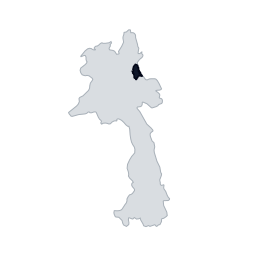 Phonthong, Louangphrabang, Laos shown in context, rotated 27°
{"feature_id": "54806243B14812805317737", "entity_name": "Phonthong", "entity_type": "district", "adm_level": 2, "iso_a3": "LAO", "parent_name": "Laos", "parent_adm1": "Louangphrabang", "projection": "albers", "projection_center": [103.126, 20.819], "detail": "fine", "context": "in_parent", "style": "filled", "palette": "ink", "viewbox_px": 256, "rotation_deg": 27, "n_neighbors": 0, "source": "geoboundaries", "source_scale": "gbopen_adm2", "svg_char_len": 5865}
<svg xmlns="http://www.w3.org/2000/svg" viewBox="0 0 256 256"><g transform="rotate(27 128 128)"><path d="M92.7,42.1L93.8,44.1L98.7,49.4L99.6,50.8L101.4,52.0L102.9,56.7L103.5,57.0L104.4,56.6L105.0,56.0L105.5,54.2L105.9,54.0L106.4,55.5L107.8,55.9L108.4,56.6L108.6,57.7L108.4,58.9L107.2,61.6L106.5,65.2L111.4,72.9L113.5,74.0L118.4,75.2L121.7,76.9L123.2,76.5L124.7,74.6L126.5,73.5L129.7,71.9L130.7,71.8L132.5,72.4L135.5,74.3L140.1,77.9L139.9,78.8L139.1,79.8L136.7,81.2L135.9,82.2L136.4,82.5L138.4,82.7L140.8,83.5L141.5,84.5L142.0,86.6L142.4,87.0L144.6,86.7L145.3,87.0L146.1,87.7L146.9,89.5L146.9,90.8L144.7,93.2L144.5,94.6L143.3,96.3L140.3,99.2L139.5,99.3L133.9,97.8L129.5,98.1L129.1,98.7L129.9,100.4L130.1,102.1L129.4,103.3L126.9,105.0L126.8,105.7L127.3,106.5L131.0,108.0L143.0,116.0L148.5,117.5L150.9,118.5L151.5,119.1L151.5,119.8L150.9,120.7L150.4,122.3L150.4,123.2L150.9,124.2L151.9,125.5L155.3,128.6L157.8,129.3L160.4,132.7L161.2,135.8L162.5,137.8L168.8,144.4L174.1,148.4L177.3,152.7L178.8,153.7L179.3,155.3L179.8,159.9L181.7,162.2L182.1,163.2L182.9,163.8L183.8,164.0L185.6,162.4L186.0,162.6L186.9,165.0L187.6,165.9L190.4,167.4L193.5,170.2L195.1,171.3L197.1,172.1L197.4,173.0L197.0,174.0L196.4,174.6L193.0,176.4L192.6,177.2L195.0,180.9L200.8,185.4L202.7,188.2L202.3,189.5L200.8,192.3L199.6,193.1L199.3,193.9L200.3,196.2L200.3,199.6L199.2,200.4L198.3,202.6L197.6,202.7L195.8,202.0L192.2,205.7L190.6,205.6L188.8,207.7L186.4,208.0L184.7,206.5L181.1,204.2L179.8,202.7L178.8,204.0L176.9,205.3L174.3,204.9L173.7,206.7L173.2,207.1L170.0,207.4L169.4,207.7L169.9,209.4L171.9,212.1L172.5,213.7L171.3,216.4L168.1,216.4L166.6,215.3L164.7,213.1L160.4,211.7L157.6,212.8L156.8,212.7L154.6,210.9L153.8,209.7L153.3,207.9L156.5,206.4L158.1,205.3L159.2,204.0L159.6,202.8L160.1,197.6L160.5,195.7L160.2,193.5L159.3,191.7L159.3,189.1L159.7,186.9L160.9,185.8L161.7,184.3L162.2,180.8L161.8,179.9L160.6,179.1L158.5,178.3L157.3,177.3L156.7,176.1L156.8,175.0L157.4,174.0L155.8,173.0L152.2,171.9L150.2,170.6L149.7,169.0L148.2,166.9L145.5,164.3L144.1,160.6L143.9,155.7L144.2,151.7L145.3,147.1L143.8,143.8L142.1,142.0L139.8,140.7L137.5,138.9L135.4,136.5L132.9,133.0L130.0,128.2L128.0,126.1L127.0,126.6L124.9,126.2L121.7,124.9L118.9,124.1L116.6,124.0L115.0,124.3L114.3,125.1L114.2,125.8L114.8,126.5L114.5,127.0L113.3,127.4L112.3,128.2L111.1,129.9L110.4,132.2L109.2,133.1L107.3,133.3L105.5,133.9L103.8,135.0L102.9,135.8L103.0,136.4L102.6,136.5L101.8,136.2L101.4,135.5L101.4,134.3L100.5,133.5L98.7,133.1L96.6,131.8L92.6,128.5L91.7,128.4L90.3,129.2L88.6,131.0L87.2,131.7L86.1,131.3L85.2,132.0L84.6,133.6L83.4,134.9L78.0,138.4L73.1,142.9L71.9,143.3L68.9,142.0L68.0,141.1L72.2,131.8L72.8,129.6L72.7,126.6L71.0,124.1L71.0,123.4L71.2,122.6L73.3,119.8L75.8,112.4L75.7,110.0L74.7,107.5L74.1,105.1L74.6,101.8L74.5,100.5L73.4,99.9L69.7,99.2L67.6,99.7L66.6,100.6L65.3,101.1L63.0,101.4L60.8,100.2L59.1,98.3L58.7,96.0L61.0,91.1L61.6,89.2L61.6,88.3L61.2,87.3L60.6,87.2L59.5,86.0L58.4,83.9L57.3,82.9L56.3,83.1L55.4,83.9L53.8,85.8L53.3,85.5L54.8,78.7L56.1,75.8L57.6,74.4L59.2,73.9L60.9,74.1L62.3,73.9L63.4,73.2L63.3,72.8L62.0,72.7L61.5,71.9L61.8,70.4L62.4,69.5L63.3,69.1L64.2,67.6L65.1,65.1L66.1,63.9L67.3,63.9L69.4,62.8L72.4,60.7L73.6,58.7L74.7,59.7L74.2,62.0L74.8,62.5L75.1,63.4L74.9,64.7L75.1,65.8L75.6,66.4L76.2,66.7L79.4,65.7L81.3,65.7L84.4,67.5L86.2,66.2L86.3,65.7L84.8,64.1L85.3,58.0L85.1,53.5L82.6,50.1L82.1,48.7L81.8,46.5L81.1,44.6L83.0,43.1L84.0,40.3L85.3,39.6L85.7,39.7L87.2,41.8L89.2,40.8L90.7,40.8L92.0,41.4L92.7,42.1Z" fill="#d9dde1" stroke="#a8b0b8" stroke-width="1"/><path d="M105.1,70.8L105.1,71.1L105.2,71.4L105.4,71.6L105.4,71.8L105.4,72.1L105.4,72.3L105.5,72.7L105.7,73.1L105.7,73.3L105.7,73.5L105.9,73.6L106.1,73.6L106.3,73.6L106.7,74.0L106.8,74.2L106.8,74.6L106.7,74.8L106.5,75.0L106.4,75.2L106.3,75.3L106.5,75.3L106.6,75.5L106.8,75.5L106.9,75.9L106.9,76.0L106.9,76.4L106.9,76.5L107.0,76.6L107.1,76.8L107.3,77.0L107.7,76.8L107.8,76.8L108.2,77.0L108.5,77.0L108.7,77.5L108.8,77.6L108.8,77.8L109.1,77.8L109.2,78.0L109.3,78.1L109.5,78.4L109.7,78.7L110.1,79.0L110.1,79.3L110.2,79.5L110.2,79.8L110.4,79.9L110.5,80.1L110.8,80.3L110.9,80.5L111.1,80.6L111.4,80.5L111.5,80.5L111.9,80.6L112.1,80.6L112.2,80.4L112.4,80.4L112.5,80.4L112.7,80.5L112.7,80.8L112.9,81.2L113.0,81.2L113.3,81.1L113.4,80.9L113.5,80.7L113.5,80.3L113.5,80.1L113.4,80.1L113.3,79.9L113.4,79.7L113.3,79.3L113.4,79.2L113.5,79.1L113.5,78.9L113.7,78.7L113.6,78.4L113.7,78.2L113.6,77.9L113.5,77.7L113.6,77.4L113.6,77.0L113.6,76.9L113.8,76.8L113.9,76.7L114.1,76.6L114.4,76.4L114.5,76.3L114.6,76.2L114.9,76.2L115.1,76.1L115.3,76.0L115.3,75.8L115.5,75.7L115.8,75.6L116.3,75.7L116.5,75.7L116.6,75.4L116.8,75.3L117.0,75.2L116.9,75.1L116.7,75.0L116.6,74.9L116.5,74.7L116.4,74.7L116.2,74.8L116.1,74.7L115.9,74.6L115.7,74.5L115.6,74.4L115.4,74.4L115.2,74.4L115.1,74.2L114.9,74.0L114.7,74.2L114.6,74.3L114.4,74.3L114.3,74.2L114.2,74.2L113.9,74.1L113.9,73.9L113.8,74.0L113.8,73.8L113.7,73.8L113.8,73.7L113.9,73.4L113.8,73.2L113.7,73.2L113.8,73.1L113.7,73.0L113.6,72.8L113.5,72.7L113.3,72.7L113.2,72.7L112.9,72.6L112.7,72.5L112.6,72.4L112.6,72.5L112.4,72.6L112.2,72.7L111.9,72.6L111.7,72.8L111.5,72.7L111.5,72.4L111.4,72.4L111.5,72.2L111.4,72.1L111.2,72.0L111.0,71.8L111.0,71.7L111.0,71.4L110.9,71.3L110.9,71.1L110.7,70.9L110.6,70.7L110.5,70.4L110.4,70.3L110.4,70.2L110.2,70.0L110.3,70.0L110.2,70.0L110.2,69.9L110.2,69.7L109.9,69.5L109.8,69.4L109.7,69.3L109.4,69.5L109.4,69.4L109.2,69.4L108.9,69.3L108.8,69.2L108.7,69.1L108.7,68.9L108.8,68.9L108.8,68.7L108.7,68.6L108.6,68.4L108.5,68.2L108.4,68.1L108.2,68.1L108.1,67.9L107.8,68.0L107.7,68.0L107.6,67.9L107.4,67.9L107.2,67.7L106.9,67.7L106.7,67.7L106.5,67.8L106.4,67.8L106.1,67.9L105.8,67.9L105.7,67.9L105.6,68.0L105.7,68.3L105.7,68.5L105.5,68.9L105.3,69.2L105.3,69.4L105.3,69.5L105.3,70.0L105.2,70.1L105.2,70.3L105.1,70.6L105.1,70.8Z" fill="#0f172a" stroke="#020617" stroke-width="1.5"/></g></svg>